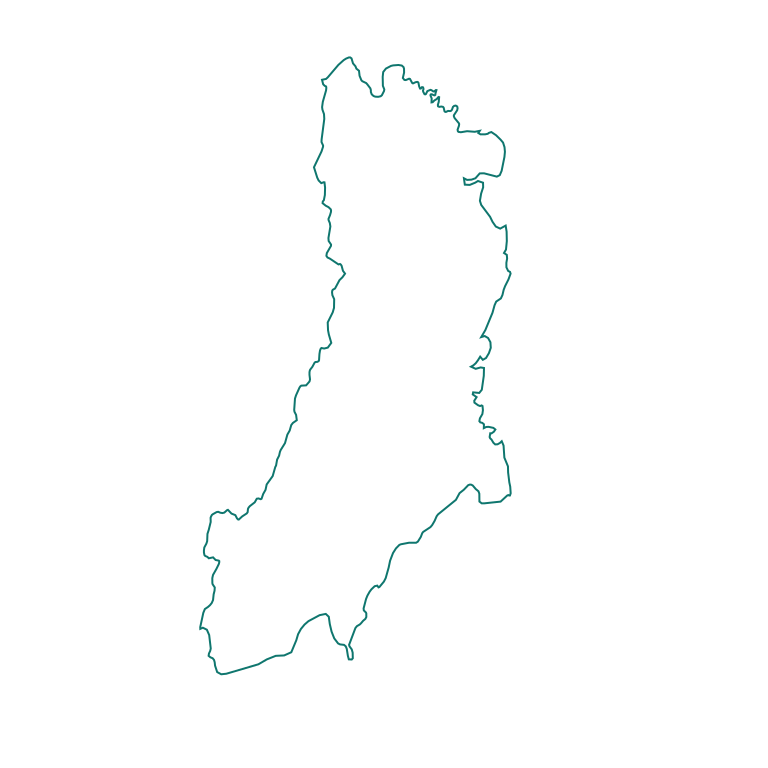 the border of Perak, rotated 191°
{"feature_id": "MYS-1137", "entity_name": "Perak", "entity_type": "State", "adm_level": 1, "iso_a3": "MYS", "parent_name": "Malaysia", "parent_adm1": "", "projection": "equal_earth", "projection_center": [101.191, 4.79], "detail": "fine", "context": "isolated", "style": "outline", "palette": "teal", "viewbox_px": 768, "rotation_deg": 191, "n_neighbors": 0, "source": "natural_earth", "source_scale": "10m", "svg_char_len": 6150}
<svg xmlns="http://www.w3.org/2000/svg" viewBox="0 0 768 768"><g transform="rotate(191 384 384)"><path d="M366.0,107.0L367.6,110.3L370.0,116.9L371.5,119.2L373.5,120.3L377.5,120.0L379.6,120.6L384.3,124.8L388.2,130.9L391.4,138.0L393.8,145.0L397.3,147.2L403.1,144.8L412.9,136.8L416.1,132.7L418.8,127.7L420.6,122.0L421.2,115.7L423.8,103.0L430.2,98.5L438.4,96.5L446.5,91.3L453.8,84.9L483.5,69.5L488.4,68.0L492.8,69.4L496.1,75.3L497.1,78.5L498.2,80.7L499.9,82.1L502.3,82.6L504.3,83.7L504.4,86.0L503.7,88.8L503.6,91.3L507.7,104.2L511.0,109.0L515.3,110.2L517.6,108.6L518.0,110.3L517.7,124.9L516.9,128.9L514.2,131.6L512.6,133.7L511.3,136.2L510.6,139.3L511.1,145.1L510.9,148.7L511.3,152.0L514.0,154.7L514.5,155.8L515.5,160.7L515.4,164.0L513.2,170.6L511.8,175.8L511.7,177.5L511.9,178.7L512.5,179.1L515.7,179.1L518.7,181.2L522.7,179.5L524.4,180.6L526.7,181.1L527.6,181.8L528.6,184.2L529.0,186.2L529.2,189.2L527.9,193.4L527.6,196.0L528.7,203.2L528.2,207.4L527.8,215.5L528.7,219.6L528.5,220.8L528.0,222.5L527.3,223.4L523.9,226.3L522.4,226.9L520.0,226.4L517.9,226.5L516.2,227.3L513.9,230.3L513.2,230.7L509.0,227.7L504.9,226.9L502.7,224.1L501.5,223.2L500.7,223.2L497.9,227.0L494.0,230.8L493.4,232.2L493.7,235.5L493.3,236.9L492.4,238.5L488.3,243.2L487.0,247.1L485.4,247.7L483.0,247.4L482.3,248.0L481.6,253.0L480.1,257.5L480.0,263.0L475.7,272.4L474.9,281.7L474.4,283.4L474.5,289.4L473.3,293.6L473.2,297.5L472.8,299.5L469.9,307.1L469.2,315.9L467.7,320.3L467.2,326.0L466.0,328.4L462.7,331.8L464.4,336.9L466.6,339.7L467.2,341.4L468.6,352.7L468.2,356.1L466.3,364.2L465.7,365.7L464.9,366.6L460.2,367.8L457.6,372.3L457.5,374.4L458.9,378.8L459.4,381.4L459.4,382.9L459.2,384.0L457.6,387.2L456.2,391.7L455.5,392.5L453.7,393.0L452.6,393.9L452.3,394.9L453.1,401.2L453.2,404.7L452.9,406.4L452.3,407.4L449.5,407.4L446.1,409.0L443.6,414.3L447.6,422.1L449.2,426.1L451.0,433.7L448.0,444.6L447.6,449.2L449.1,457.8L451.6,461.3L452.5,464.1L452.6,465.6L452.3,466.7L450.3,468.4L447.5,477.5L445.2,480.8L443.3,484.9L445.9,487.3L448.2,492.0L449.2,493.0L450.1,493.4L451.5,492.7L461.2,496.8L463.6,497.4L465.0,498.8L465.1,501.6L462.4,509.5L462.6,510.8L465.6,513.8L466.4,516.7L466.7,528.4L467.9,531.7L469.6,534.2L470.0,535.4L469.2,539.5L468.9,542.8L469.1,544.3L469.6,545.3L472.2,547.0L475.2,547.9L478.8,549.8L478.9,551.5L478.1,553.0L478.1,558.2L479.3,565.5L480.9,570.6L481.6,570.6L483.9,569.2L487.0,571.3L488.9,573.8L494.1,583.4L489.7,600.4L489.1,605.3L489.3,606.5L491.5,609.6L491.9,612.2L493.2,632.8L494.4,637.5L496.8,641.6L497.6,644.0L497.9,649.3L496.9,661.1L497.1,663.6L497.6,665.0L499.1,665.4L500.9,666.6L502.9,670.8L499.1,672.4L497.7,674.3L489.7,688.5L485.4,694.2L483.3,696.2L480.7,697.9L479.4,698.1L478.0,697.4L475.6,692.8L472.6,690.4L471.3,688.3L468.3,686.7L466.8,681.9L464.2,677.9L463.1,677.1L458.9,676.0L457.6,675.0L453.8,671.6L453.0,670.0L452.6,668.1L451.3,666.0L449.2,664.7L447.4,664.4L444.5,664.8L442.2,665.8L441.2,667.0L439.9,671.5L439.9,673.2L442.0,676.5L443.9,685.3L444.3,690.1L442.3,694.0L437.8,697.6L435.8,698.5L430.7,699.9L427.3,700.0L425.3,698.8L424.5,697.3L423.7,693.5L423.9,688.0L422.0,686.4L420.6,686.5L417.6,688.5L416.7,688.4L413.8,684.9L412.9,684.6L410.7,686.2L409.1,686.9L408.3,686.8L407.7,686.3L406.3,682.9L405.0,680.9L404.3,681.0L403.3,682.7L402.2,682.6L401.5,681.1L401.7,679.4L401.3,678.4L399.5,676.2L398.7,676.2L398.2,676.6L397.3,679.8L394.6,681.6L393.5,681.5L391.4,680.6L390.6,680.8L389.1,682.5L388.6,682.5L388.9,679.3L388.8,677.6L389.3,677.0L390.3,677.0L392.2,677.5L393.1,677.4L393.5,676.8L393.4,676.0L391.7,673.5L391.1,669.5L390.0,669.9L388.7,671.9L386.5,673.9L385.7,675.6L385.1,676.2L384.6,676.1L384.1,671.4L384.4,668.2L383.9,666.9L382.6,666.6L380.7,667.3L379.0,667.3L378.2,666.7L376.6,663.2L375.8,662.8L375.1,662.9L373.2,664.3L371.2,664.5L370.4,664.9L369.6,666.2L369.2,669.1L368.2,670.4L366.7,671.0L365.1,670.4L364.4,668.8L364.4,666.7L366.7,661.1L366.4,659.9L365.4,658.5L360.2,654.2L359.8,653.5L359.7,651.7L360.3,647.7L359.7,646.2L359.0,645.7L356.6,645.8L350.7,648.0L343.0,648.9L338.3,650.8L339.3,648.4L337.0,647.5L332.3,648.4L329.9,649.4L329.0,650.5L326.7,651.8L321.5,649.6L316.2,646.1L313.2,643.7L310.9,639.5L309.6,635.0L309.1,629.8L309.2,615.7L310.2,611.1L312.8,609.1L326.0,609.9L330.2,609.0L333.5,603.4L337.1,601.3L341.4,600.2L344.8,601.2L342.7,595.1L337.8,595.8L332.8,599.1L330.5,601.2L325.2,600.5L324.2,596.0L325.0,589.4L324.8,582.1L322.7,578.3L311.8,568.4L308.4,563.9L304.3,559.9L299.6,558.7L294.8,562.7L292.7,556.9L290.7,547.7L289.9,539.3L291.2,535.5L288.1,534.2L287.1,530.7L287.0,526.3L286.1,521.9L283.7,518.7L281.7,518.1L280.8,516.5L281.8,510.3L283.8,503.2L284.5,499.3L284.7,494.0L285.6,490.3L289.6,486.3L290.5,482.4L291.1,474.6L294.8,456.3L297.5,448.6L294.3,450.3L290.6,449.0L287.5,445.3L286.1,439.9L286.9,434.3L288.8,429.0L291.6,426.6L294.8,429.2L296.3,425.2L297.9,421.9L299.8,419.4L301.9,417.6L296.9,416.4L292.3,418.7L288.9,418.8L287.6,411.0L286.9,397.0L288.8,393.4L294.9,392.8L294.9,390.7L290.6,388.8L292.2,384.8L291.7,383.0L287.6,381.1L285.5,380.7L284.1,381.6L283.1,381.2L281.9,377.2L281.7,373.3L283.3,368.6L283.3,365.7L282.1,364.7L280.1,364.6L278.2,363.5L277.6,359.7L275.5,361.3L273.2,361.9L268.3,361.8L266.0,360.6L267.0,358.2L269.1,356.0L270.3,355.9L270.2,352.1L269.4,350.9L267.9,350.0L265.4,347.2L263.3,345.9L261.0,346.5L258.9,348.3L257.5,350.3L254.9,346.4L251.8,334.7L246.6,326.8L245.3,320.9L242.2,311.3L240.5,307.3L238.8,300.9L239.1,298.6L239.9,298.4L240.8,298.7L241.8,298.0L247.1,290.8L263.1,285.9L265.3,285.5L267.9,286.8L269.5,294.5L270.8,296.7L273.9,298.4L277.5,301.3L279.1,301.8L280.4,301.7L282.0,300.8L285.5,295.4L289.0,291.3L291.3,284.0L306.1,266.3L307.1,264.2L308.2,259.3L309.8,254.7L311.1,252.4L317.3,246.3L318.0,244.9L318.7,240.9L320.7,235.7L322.2,234.3L329.3,232.9L336.8,229.9L338.2,229.0L340.9,224.9L342.9,219.8L344.3,211.7L344.4,204.7L345.3,193.8L346.4,190.0L349.8,183.8L350.6,183.3L352.1,184.8L354.6,183.7L357.2,180.0L358.5,177.3L359.9,173.1L360.6,169.5L361.2,159.8L360.6,157.9L358.1,156.2L357.6,155.4L356.9,151.9L357.5,149.8L359.3,147.6L360.8,144.9L361.8,143.4L364.4,141.1L365.5,139.0L368.5,121.3L367.8,119.9L365.0,117.3L363.5,114.3L362.3,108.8L363.1,107.4L366.0,107.0Z" fill="none" stroke="#0f766e" stroke-width="2"/></g></svg>